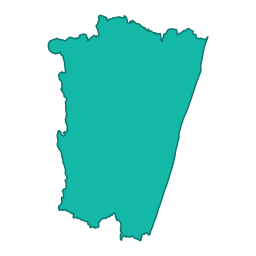 Mananjary, Vatovavy-Fitovinany, Madagascar (Mercator projection)
{"feature_id": "10022922B52512193010711", "entity_name": "Mananjary", "entity_type": "district", "adm_level": 2, "iso_a3": "MDG", "parent_name": "Madagascar", "parent_adm1": "Vatovavy-Fitovinany", "projection": "mercator", "projection_center": [48.046, -21.236], "detail": "fine", "context": "isolated", "style": "filled", "palette": "teal", "viewbox_px": 256, "rotation_deg": 0, "n_neighbors": 0, "source": "geoboundaries", "source_scale": "gbopen_adm2", "svg_char_len": 5634}
<svg xmlns="http://www.w3.org/2000/svg" viewBox="0 0 256 256"><path d="M59.3,210.3L61.1,209.7L62.2,210.1L63.3,209.8L63.7,210.3L65.4,209.5L65.7,209.6L65.8,210.2L66.4,210.8L68.5,211.4L70.9,213.0L72.3,213.5L73.6,213.5L73.6,214.6L73.3,215.0L73.5,215.6L73.2,217.1L73.5,217.8L75.1,217.5L76.6,217.6L77.7,218.4L78.4,218.3L78.8,218.5L80.1,218.7L81.4,219.9L84.7,220.9L85.8,221.6L86.9,221.5L87.5,221.9L87.9,224.0L88.2,224.4L89.4,225.0L90.1,227.3L90.8,227.6L93.6,226.5L94.5,227.9L95.2,228.0L95.7,227.6L96.3,227.5L98.1,227.4L98.4,227.0L98.9,225.8L98.4,223.0L100.3,220.9L100.9,219.7L101.7,219.0L102.5,218.8L103.2,218.3L103.9,218.3L104.6,218.0L105.3,218.5L107.3,217.5L107.7,217.0L108.9,216.6L110.0,216.6L110.2,216.0L109.8,215.4L109.9,215.1L110.4,215.4L110.9,215.1L111.3,215.4L111.8,214.9L112.5,214.9L112.8,213.9L113.5,213.5L114.0,212.8L114.6,212.7L114.7,213.4L115.4,214.0L115.4,216.1L115.6,216.7L116.2,217.0L116.0,218.3L116.5,218.7L116.5,219.7L117.4,220.4L117.9,219.7L118.3,219.7L119.2,221.0L120.3,222.0L120.7,223.2L121.0,225.0L121.0,226.5L120.4,228.7L120.7,229.7L120.6,231.3L120.8,231.8L121.9,232.2L122.0,232.7L121.6,233.5L120.9,233.7L120.7,234.0L120.3,236.5L120.8,238.0L120.3,238.7L120.8,239.6L121.6,240.2L121.8,239.9L121.7,238.7L121.9,237.9L123.3,235.9L123.8,235.6L125.2,236.7L125.8,236.7L126.3,235.9L126.6,236.8L127.0,237.0L127.8,236.8L129.3,236.8L129.8,237.2L131.7,236.3L133.0,236.5L134.8,238.4L136.5,238.7L140.1,240.6L140.6,240.4L141.2,239.4L140.8,238.7L141.0,238.1L141.8,237.1L141.3,235.7L141.9,234.8L144.5,234.1L144.5,233.6L145.3,233.2L146.1,233.4L147.0,233.1L147.5,233.2L148.2,234.4L149.0,234.9L149.6,234.9L150.4,231.7L152.0,228.0L152.2,226.5L152.4,226.3L152.6,226.5L154.5,220.7L156.3,216.5L158.4,208.8L160.1,204.4L165.1,188.6L166.0,186.7L168.9,178.2L169.4,175.9L172.1,167.5L174.9,156.2L175.4,151.9L179.0,137.3L179.0,132.2L179.7,130.9L181.2,125.1L182.7,120.9L182.8,119.9L187.4,109.4L193.1,92.9L196.4,82.7L200.6,71.7L201.0,69.0L200.6,66.0L202.5,56.6L203.1,52.0L204.2,47.5L205.9,42.0L207.2,38.9L207.6,37.1L207.1,37.4L206.7,38.6L205.3,39.5L204.6,39.5L202.0,38.6L200.6,38.3L200.0,38.3L199.1,38.7L197.0,38.2L196.3,37.7L196.2,35.6L195.7,34.8L192.9,33.9L192.5,33.4L193.1,31.9L193.1,31.3L192.9,31.0L191.2,30.5L189.5,29.1L188.4,28.6L186.9,29.1L186.2,30.5L183.8,30.6L182.4,31.6L181.3,33.0L179.7,33.1L179.0,33.7L178.1,34.7L177.3,34.8L177.0,34.5L177.0,33.5L176.7,32.9L177.1,32.2L176.6,30.7L176.6,29.8L173.5,29.1L170.1,28.9L168.4,29.6L167.5,30.5L166.2,33.1L165.4,34.3L163.8,34.3L163.2,37.7L162.0,39.9L162.0,40.4L162.5,41.1L162.4,41.5L162.0,41.5L161.7,41.3L160.9,39.5L160.7,36.2L160.3,33.7L159.0,33.8L157.2,33.5L156.8,33.8L156.6,34.4L156.2,34.4L155.6,33.0L154.6,32.8L153.7,32.9L153.2,32.5L152.4,32.4L151.8,31.4L151.1,31.3L150.6,30.8L150.1,30.8L149.6,31.5L149.1,31.4L148.7,30.5L148.6,29.6L148.3,29.2L147.8,29.4L147.5,30.3L147.1,30.4L145.5,28.8L145.1,28.1L144.7,28.5L144.1,28.5L143.9,28.3L144.1,27.8L143.9,27.5L141.4,26.3L140.0,24.7L138.7,23.9L136.6,23.6L135.5,23.0L134.8,22.1L133.7,21.6L132.8,20.5L132.4,20.5L132.2,20.8L131.8,22.2L130.8,21.4L130.3,21.3L130.0,21.4L130.0,21.7L130.5,22.7L128.5,23.2L127.4,22.9L127.2,22.1L127.4,21.0L126.9,20.3L127.0,19.2L125.8,16.8L124.9,16.0L124.4,15.9L124.1,17.1L124.2,17.8L123.9,18.1L123.1,17.8L121.8,17.8L119.7,16.8L118.2,17.2L116.6,17.2L115.8,17.6L113.2,17.9L110.6,19.1L110.0,19.0L109.5,19.4L108.7,19.4L107.5,20.6L107.1,20.5L106.7,19.7L106.8,18.3L106.1,17.9L105.7,17.1L103.9,16.8L102.8,16.0L101.4,15.8L100.5,15.4L99.8,15.4L98.9,16.2L98.7,16.9L98.5,17.5L99.1,19.2L99.1,19.9L98.0,21.9L97.8,23.6L97.2,24.6L96.4,25.2L96.2,26.4L97.7,29.7L98.5,32.9L99.3,33.8L98.9,35.0L98.2,35.6L97.2,36.1L96.6,36.8L95.8,35.9L95.4,36.2L94.8,36.2L93.7,35.4L93.1,36.0L93.0,36.5L91.4,37.0L89.3,39.9L88.9,40.1L88.3,39.5L87.8,39.4L87.6,39.7L87.6,38.1L86.9,37.3L86.3,35.4L85.8,34.7L85.5,34.4L83.1,34.1L81.5,34.6L80.6,35.1L79.4,35.4L79.5,36.7L79.3,37.3L78.4,38.0L77.2,37.8L76.9,38.7L76.4,38.7L75.8,38.3L75.0,38.5L72.5,38.1L70.6,37.3L69.6,37.5L69.2,37.9L67.6,38.6L66.2,40.3L65.2,40.8L64.2,40.7L63.2,40.1L61.8,39.8L60.2,39.7L56.7,38.4L55.1,39.2L52.3,40.0L51.6,40.5L50.3,40.8L49.6,41.7L48.4,43.9L48.4,47.0L49.0,49.4L49.7,50.7L52.5,52.8L55.5,53.8L59.3,52.8L60.0,52.3L60.4,52.9L60.7,54.0L61.7,55.4L63.1,56.1L63.5,58.9L64.4,61.4L64.6,63.7L64.5,64.5L64.8,65.4L64.7,66.3L65.5,68.1L65.2,68.5L65.1,68.9L65.6,71.8L65.5,72.2L64.0,73.4L62.0,71.8L61.4,72.5L60.2,72.9L59.6,73.4L59.0,74.1L58.7,74.9L59.1,77.4L59.5,78.1L59.4,79.2L61.4,81.4L62.1,83.8L62.1,85.0L61.5,88.5L61.1,89.2L62.0,89.2L61.5,89.8L61.6,90.4L63.9,93.9L64.1,96.4L65.8,97.8L66.8,99.3L66.7,100.1L65.7,101.5L65.5,102.7L65.8,104.8L65.7,107.3L66.2,112.3L66.4,113.4L66.9,114.7L66.0,116.0L66.4,117.7L65.5,118.7L65.4,119.1L65.7,120.7L65.6,122.2L66.4,123.5L67.5,127.6L66.9,129.0L67.5,129.9L67.6,130.6L67.2,131.4L66.7,131.2L66.2,131.5L66.4,132.0L66.2,132.5L65.0,132.2L64.4,131.8L63.3,133.0L63.4,133.3L64.6,133.9L64.7,134.4L64.6,135.5L63.8,136.0L62.9,135.8L61.3,134.3L60.5,131.8L60.0,131.9L59.6,131.5L59.5,130.9L58.8,130.8L58.5,131.3L57.8,131.7L57.8,133.7L57.2,134.8L57.3,136.7L58.0,140.0L58.0,141.3L57.6,142.5L57.3,144.6L57.4,145.5L57.9,146.3L58.7,148.5L59.4,149.6L60.5,150.5L61.4,152.5L61.7,156.1L62.3,157.3L62.2,157.8L62.4,158.5L63.1,159.2L62.9,159.8L63.2,161.1L62.8,161.8L64.2,165.1L65.5,169.5L65.3,173.4L65.5,174.7L66.1,175.2L67.2,178.4L66.1,179.6L65.2,180.2L65.2,180.4L66.2,183.0L66.3,184.1L66.0,185.4L66.7,186.6L64.8,189.2L64.1,189.4L63.4,189.3L62.4,191.4L63.5,193.0L63.6,196.0L63.4,197.1L62.7,197.9L62.5,198.0L61.8,197.4L61.5,197.9L61.8,200.7L61.6,201.9L61.8,203.2L61.3,203.6L60.9,204.5L59.7,205.4L58.5,206.8L58.5,208.0L58.9,208.8L59.3,210.3Z" fill="#14b8a6" stroke="#0f766e" stroke-width="1.5"/></svg>